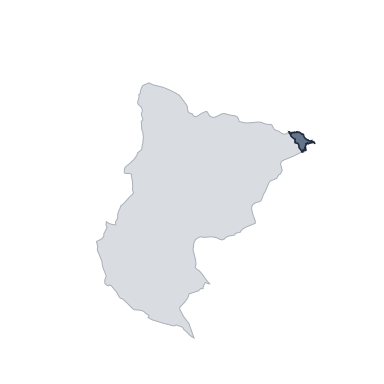 Bambouti, Haut-Mbomou, Central African Republic (highlighted), rotated 320°
{"feature_id": "33826404B2470815195032", "entity_name": "Bambouti", "entity_type": "district", "adm_level": 2, "iso_a3": "CAF", "parent_name": "Central African Republic", "parent_adm1": "Haut-Mbomou", "projection": "equal_earth", "projection_center": [26.948, 5.504], "detail": "fine", "context": "in_parent", "style": "filled", "palette": "slate", "viewbox_px": 384, "rotation_deg": 320, "n_neighbors": 0, "source": "geoboundaries", "source_scale": "gbopen_adm2", "svg_char_len": 7081}
<svg xmlns="http://www.w3.org/2000/svg" viewBox="0 0 384 384"><g transform="rotate(320 192 192)"><path d="M251.9,138.4L254.7,139.4L255.2,140.6L254.4,144.4L255.0,146.7L256.5,148.8L258.2,149.6L259.7,150.1L265.1,151.3L267.3,152.7L270.3,157.2L274.0,161.3L274.9,163.4L274.7,165.4L273.6,167.8L273.8,168.8L275.5,171.1L277.5,173.6L281.0,176.3L287.2,180.5L290.1,183.4L291.0,185.5L292.6,187.9L294.8,190.0L296.3,191.7L295.3,196.4L295.6,197.9L296.2,199.2L297.5,201.1L298.0,203.4L299.3,206.4L300.8,207.7L303.4,208.2L304.7,209.6L307.5,211.9L310.2,214.0L311.4,215.4L312.1,216.6L312.7,218.1L313.0,219.5L313.1,222.7L313.6,226.6L315.0,229.3L316.4,231.3L310.8,229.0L310.0,229.0L309.0,229.4L306.1,232.2L305.2,232.5L301.5,231.9L292.7,229.7L285.9,227.6L283.8,226.8L280.2,226.0L277.8,227.5L275.5,232.5L274.9,233.5L271.3,235.0L269.6,234.6L265.5,236.0L259.2,233.9L256.9,234.3L255.1,235.3L250.6,237.6L247.8,238.9L244.6,240.1L241.6,241.9L239.5,242.9L237.5,242.9L235.7,241.9L233.7,241.0L231.3,240.8L228.8,241.3L226.7,243.3L225.9,244.8L224.1,248.6L221.9,254.7L221.0,256.0L220.3,256.6L210.4,253.5L206.1,252.8L203.2,253.8L199.6,252.0L198.0,251.7L197.3,252.3L195.3,251.5L192.0,249.4L188.8,248.5L186.0,248.8L184.3,248.1L182.9,246.1L181.2,242.3L177.9,238.6L173.6,235.6L170.9,233.3L169.9,231.8L167.6,231.0L164.0,230.8L160.6,232.3L155.6,237.0L151.0,246.5L148.4,250.2L146.4,251.1L145.9,253.4L146.9,257.1L147.1,261.3L146.4,268.5L146.6,273.7L145.5,272.9L144.5,270.4L144.0,269.9L141.0,271.0L139.4,272.0L138.6,273.0L138.0,273.1L137.0,271.8L136.3,271.6L135.1,271.8L133.9,271.8L133.1,271.6L132.6,271.7L131.1,270.9L125.9,268.9L125.1,268.3L124.0,268.3L121.3,270.1L119.9,270.6L115.6,271.7L111.0,272.2L109.2,272.2L108.0,273.0L107.2,274.1L105.8,280.7L105.4,281.8L105.5,283.5L105.1,288.8L105.2,290.5L99.7,305.1L98.8,302.7L98.2,299.8L98.0,296.6L98.1,295.7L97.8,294.7L97.3,292.1L97.8,290.3L97.4,288.5L96.3,286.8L95.4,285.4L94.8,284.2L94.4,283.7L93.3,283.5L91.9,282.8L85.8,274.3L79.5,264.6L78.2,261.5L77.7,259.7L79.2,259.5L79.6,259.2L79.6,258.3L78.7,255.9L78.3,252.7L77.5,250.8L75.0,247.9L72.6,245.6L71.9,244.5L71.5,242.8L70.6,232.4L70.2,229.5L69.5,228.2L69.0,227.6L68.8,226.9L68.9,225.0L69.2,223.4L69.2,222.7L69.8,221.3L69.9,211.7L69.2,210.3L67.7,210.3L67.0,208.9L66.4,207.2L66.6,205.9L68.0,204.0L68.9,203.2L71.6,201.7L72.4,200.9L72.8,200.0L73.2,198.7L74.8,193.7L77.2,188.8L78.2,187.8L80.6,180.6L81.2,178.7L81.6,176.9L82.3,175.4L84.9,172.9L86.9,168.6L89.0,168.9L91.2,169.6L93.9,169.9L96.1,169.1L97.5,167.4L104.2,164.5L104.8,162.2L105.8,161.0L107.1,159.9L107.5,159.8L107.6,160.6L108.3,163.0L109.8,165.3L112.0,167.9L112.7,167.8L114.1,165.8L117.6,164.6L118.5,164.0L121.0,161.1L124.0,159.3L125.7,158.6L128.8,156.7L130.9,157.0L134.4,156.7L140.1,155.8L144.3,155.5L146.4,155.1L146.9,154.7L147.7,152.0L148.4,151.2L149.9,150.0L153.0,145.8L155.0,142.3L155.7,141.0L156.1,140.8L157.0,139.3L156.1,137.8L152.7,134.7L152.8,134.2L152.6,133.7L152.8,133.3L154.1,132.0L155.8,130.5L157.7,130.0L162.6,130.1L166.8,129.8L167.8,129.9L171.0,129.1L173.3,128.5L175.6,127.0L180.7,127.1L185.1,123.3L186.3,122.6L186.9,122.0L187.0,121.4L189.1,119.9L191.3,116.8L193.1,114.0L193.6,112.0L198.6,105.2L200.3,105.4L201.1,104.5L203.1,100.0L203.7,99.2L205.7,98.4L206.7,97.1L207.5,95.1L207.5,92.7L207.1,90.7L207.2,89.7L207.6,88.9L208.4,88.0L212.1,85.6L213.1,84.4L213.6,83.3L214.7,83.1L215.8,83.2L216.5,82.6L217.3,81.5L219.9,80.0L222.3,78.9L224.8,79.3L229.3,80.8L230.6,84.0L231.3,85.2L236.8,92.7L237.9,94.6L240.7,100.1L242.3,103.8L244.3,109.1L244.4,112.1L244.2,114.5L243.8,121.6L243.3,123.6L240.8,127.4L240.7,129.2L241.2,130.6L241.9,131.2L242.4,131.9L242.1,135.2L243.0,136.5L244.8,137.3L249.5,137.9L251.9,138.4Z" fill="#d9dde1" stroke="#a8b0b8" stroke-width="1"/><path d="M302.3,231.9L302.5,231.6L302.4,231.6L302.5,231.5L302.7,231.8L302.7,231.7L302.8,231.7L303.0,231.6L303.0,231.4L302.9,231.4L303.0,231.4L303.2,231.5L303.3,231.4L303.2,231.4L303.3,231.4L303.4,231.5L303.5,231.5L303.6,231.4L303.8,231.3L303.8,231.5L303.9,231.4L304.0,231.4L304.0,231.5L304.1,231.4L304.2,231.5L304.1,231.8L304.3,231.8L304.5,232.0L304.4,232.1L304.5,232.2L304.5,232.3L304.6,232.5L304.8,232.6L304.7,232.6L304.8,232.6L304.8,232.8L305.0,232.9L305.2,232.7L305.3,232.5L305.5,232.7L305.6,232.8L305.7,233.0L305.8,233.0L306.0,233.2L306.2,232.9L306.3,233.0L306.4,232.9L306.3,232.7L306.4,232.4L306.4,232.1L306.5,232.1L306.8,232.1L306.8,231.9L306.8,231.7L307.0,231.5L306.9,231.4L307.0,231.4L307.1,231.1L307.2,230.9L307.3,230.9L307.2,230.7L307.3,230.7L307.4,230.4L307.6,230.4L307.7,230.2L307.8,230.2L308.0,230.0L308.1,229.9L308.3,229.9L308.5,229.7L308.8,229.6L308.9,229.4L308.9,229.5L309.0,229.5L309.0,229.4L309.4,229.1L309.5,229.2L309.8,229.0L309.9,228.9L310.0,228.9L310.2,228.7L310.5,228.8L310.5,228.7L310.6,228.8L310.7,228.7L310.7,228.8L310.8,228.8L311.0,228.8L311.2,228.7L311.3,228.8L311.5,228.9L311.6,229.0L311.8,229.1L312.0,229.2L312.0,229.3L312.1,229.2L312.1,229.3L312.4,229.6L312.5,229.8L312.9,230.0L313.0,230.0L313.3,230.2L313.7,230.2L313.7,230.3L313.8,230.3L314.0,230.5L314.5,230.8L314.8,230.7L315.0,230.9L315.1,231.1L315.4,231.2L315.6,231.4L315.8,231.3L315.9,231.5L316.0,231.5L316.4,231.7L316.6,231.9L316.8,232.0L317.1,232.2L317.1,232.4L317.3,232.6L317.1,233.1L317.1,233.4L317.2,233.6L317.3,233.6L317.3,233.1L317.4,232.9L317.5,232.8L317.6,232.0L317.6,231.8L317.3,231.8L317.1,231.7L316.8,231.2L316.7,230.9L316.7,230.6L316.8,230.4L316.7,230.2L316.6,230.3L316.3,229.8L316.4,229.7L316.2,229.7L316.1,229.4L315.9,229.5L315.6,229.3L315.6,229.2L315.6,228.9L315.5,229.1L315.3,229.1L315.3,228.9L315.1,228.7L314.8,228.5L314.7,228.4L314.8,228.1L314.7,228.0L314.5,227.9L314.5,227.7L314.4,227.3L314.5,226.9L314.3,226.6L314.1,226.7L313.8,226.1L313.8,225.9L313.6,225.8L313.4,225.5L313.4,225.3L313.5,225.0L313.5,224.7L313.5,224.4L313.2,223.8L313.2,223.7L313.3,223.5L313.3,223.4L313.2,223.0L313.3,222.2L313.3,221.9L313.4,221.7L313.7,220.8L313.7,220.7L314.2,220.1L314.2,219.9L314.0,219.5L314.0,219.4L314.2,218.7L313.9,218.5L313.7,218.4L313.3,218.5L313.2,218.4L313.2,218.0L313.3,217.2L313.1,217.0L313.0,216.9L312.9,216.5L313.0,216.0L312.8,215.9L312.7,215.7L312.5,215.4L312.5,215.1L312.5,214.8L312.1,214.7L311.9,214.8L311.8,214.7L311.7,214.5L311.6,214.3L311.7,214.1L311.5,213.9L311.3,213.8L311.3,213.6L311.1,213.6L311.0,213.3L310.8,213.2L310.7,213.1L310.1,213.3L309.9,213.4L309.6,213.1L309.5,212.9L309.3,212.7L309.3,212.3L309.2,212.1L308.8,212.2L308.7,211.9L308.4,211.7L308.1,211.8L307.6,211.7L307.4,211.7L307.0,210.6L306.9,210.6L306.6,210.9L305.9,211.0L305.7,210.9L305.5,210.7L305.4,210.8L305.3,210.2L305.3,209.9L305.2,209.8L305.1,209.7L305.4,208.7L305.2,208.5L304.8,209.0L304.7,208.7L304.4,209.6L304.4,210.1L304.4,210.7L304.4,211.2L303.9,212.3L303.7,213.3L303.9,214.4L304.1,215.4L304.3,216.6L304.5,217.1L304.8,217.3L305.0,217.7L304.9,218.0L304.7,218.4L304.5,218.5L304.2,218.5L303.8,218.8L303.6,219.1L303.5,219.6L303.4,219.5L302.8,220.0L302.6,220.4L302.7,220.8L303.2,221.3L303.3,221.6L303.5,221.9L304.1,222.4L304.3,222.9L303.9,224.8L302.7,226.4L302.5,226.9L302.5,227.6L302.3,227.9L302.6,228.5L302.5,229.0L302.4,229.7L302.4,230.4L302.1,231.1L302.3,231.9Z" fill="#64748b" stroke="#1e293b" stroke-width="1.5"/></g></svg>